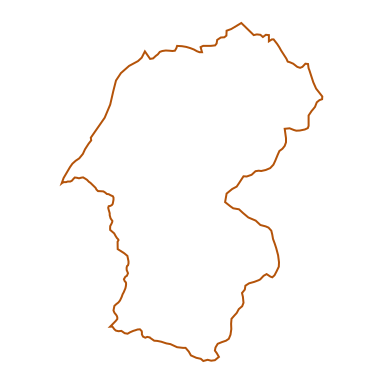 the district of Ranau, Sabah, Malaysia
{"feature_id": "92858781B74051024245503", "entity_name": "Ranau", "entity_type": "district", "adm_level": 2, "iso_a3": "MYS", "parent_name": "Malaysia", "parent_adm1": "Sabah", "projection": "robinson", "projection_center": [116.758, 5.889], "detail": "fine", "context": "isolated", "style": "outline", "palette": "amber", "viewbox_px": 384, "rotation_deg": 0, "n_neighbors": 0, "source": "geoboundaries", "source_scale": "gbopen_adm2", "svg_char_len": 3565}
<svg xmlns="http://www.w3.org/2000/svg" viewBox="0 0 384 384"><path d="M149.6,337.5L154.2,340.7L157.2,340.9L161.2,341.7L166.4,343.4L170.4,344.1L177.1,347.2L183.3,347.9L185.6,347.9L188.8,351.6L190.9,355.4L196.3,357.8L200.8,358.8L203.3,361.0L207.6,359.8L211.2,360.7L214.9,360.2L218.9,356.9L216.8,353.2L214.9,350.6L215.5,347.5L217.7,343.8L221.9,342.1L226.0,340.7L228.8,338.8L230.5,334.7L231.3,329.1L231.1,323.8L231.5,318.8L234.3,315.6L236.7,313.0L238.8,309.1L242.2,306.2L243.5,302.8L242.9,296.8L242.0,293.0L244.8,289.6L245.4,285.7L249.1,283.3L254.2,281.9L258.7,280.2L260.2,279.4L263.6,275.8L266.6,274.1L270.4,276.6L272.3,277.3L274.5,275.3L276.6,271.3L278.8,266.7L279.0,262.3L278.1,255.3L276.2,248.1L274.7,243.5L273.0,238.9L272.3,234.8L271.3,230.7L268.5,227.6L265.7,226.4L260.4,225.0L255.7,220.6L248.4,217.5L248.0,217.2L242.9,212.9L239.0,209.3L233.2,208.3L230.5,206.4L225.1,202.1L226.6,193.6L232.2,189.0L236.7,186.6L238.8,183.5L243.5,176.3L246.7,176.5L251.6,174.8L255.5,171.2L258.7,170.7L261.2,171.0L265.7,170.0L270.2,168.1L273.4,164.7L275.1,161.1L277.7,154.8L279.4,151.0L282.4,148.8L284.7,145.9L286.0,142.3L286.0,138.2L284.7,128.8L289.6,128.3L293.9,130.0L296.3,130.7L299.9,130.5L304.8,129.5L307.8,128.1L308.6,125.9L308.6,120.6L308.6,115.5L311.6,111.0L312.9,109.5L315.0,106.9L316.8,102.3L319.5,100.1L322.1,99.2L322.3,96.5L316.1,88.6L313.3,82.3L311.8,77.7L309.3,70.0L308.6,68.3L308.0,64.0L305.4,63.7L302.4,66.9L300.1,67.8L297.3,66.9L293.2,63.7L290.0,62.3L287.7,61.6L286.4,58.7L281.1,50.5L279.4,47.4L277.2,44.0L273.6,39.4L271.9,39.4L268.9,41.3L268.9,38.5L268.9,35.1L265.9,34.8L262.9,37.0L260.4,34.8L256.9,34.4L253.7,35.1L252.0,33.4L241.3,23.0L240.5,23.5L231.1,29.1L226.6,30.7L226.4,35.6L224.3,37.3L220.8,37.5L217.2,39.9L216.6,43.5L215.1,45.4L210.6,45.9L207.4,45.9L203.1,45.9L200.6,47.1L201.2,49.3L202.0,52.2L199.5,52.2L196.9,51.2L193.9,49.5L190.3,48.1L186.2,46.9L182.0,46.2L177.1,45.9L176.4,48.1L174.9,50.7L172.4,51.0L169.2,50.7L165.7,50.5L162.3,51.0L159.8,51.9L157.8,54.4L155.9,55.8L153.1,58.4L150.1,58.9L144.9,51.4L141.7,57.7L138.0,61.1L129.1,65.9L120.9,73.1L116.0,80.5L113.4,90.7L110.2,104.6L104.7,117.7L90.8,137.7L91.2,140.4L88.6,143.7L85.0,149.3L82.9,153.9L79.2,158.4L75.6,160.8L72.4,163.7L70.0,167.1L63.6,178.0L61.7,183.3L62.2,182.9L63.9,182.1L66.2,182.1L67.7,181.5L70.3,181.5L71.8,180.8L73.6,178.7L74.8,177.5L77.0,177.8L79.0,178.3L81.2,177.7L83.1,177.4L84.8,178.4L87.0,179.8L88.9,181.8L90.4,182.8L94.2,186.5L95.6,187.9L96.4,189.5L98.0,191.1L100.6,191.2L103.4,191.4L105.1,192.5L106.9,194.0L108.7,194.2L110.3,195.1L112.9,196.3L113.5,197.6L113.5,199.7L113.1,201.9L112.7,203.9L111.8,205.1L110.3,205.9L108.7,206.2L108.2,207.8L108.7,209.9L109.2,211.5L109.7,213.3L109.7,215.2L110.6,218.4L112.4,221.0L112.1,222.4L111.2,224.3L110.2,226.1L110.1,229.0L110.2,230.0L110.6,230.3L114.2,233.4L115.5,235.8L116.9,238.0L118.3,239.5L118.5,240.1L117.6,241.7L117.6,242.3L117.7,249.1L124.3,253.3L127.4,255.9L128.5,261.4L128.5,263.4L128.0,265.3L127.0,266.1L126.6,267.8L126.7,270.1L128.0,273.2L126.9,275.8L125.4,276.7L123.9,279.2L124.8,281.3L125.9,282.4L126.1,284.0L125.9,286.0L125.4,288.3L123.7,292.3L122.6,294.3L121.7,296.9L120.0,300.5L118.4,302.5L116.2,304.2L114.4,305.9L113.5,310.4L114.0,311.8L114.8,313.3L115.9,314.5L116.8,315.9L117.3,317.3L117.3,319.0L116.6,319.9L115.7,321.0L110.1,326.7L112.4,326.6L114.4,329.3L115.9,330.6L118.5,331.2L121.4,330.9L124.7,333.2L127.6,333.7L130.0,332.3L133.2,330.9L135.2,330.3L137.5,329.5L139.9,329.3L141.6,331.0L141.9,332.1L141.9,334.4L143.0,336.6L145.3,337.7L147.2,336.9L149.6,337.4L149.6,337.5Z" fill="none" stroke="#b45309" stroke-width="2"/></svg>